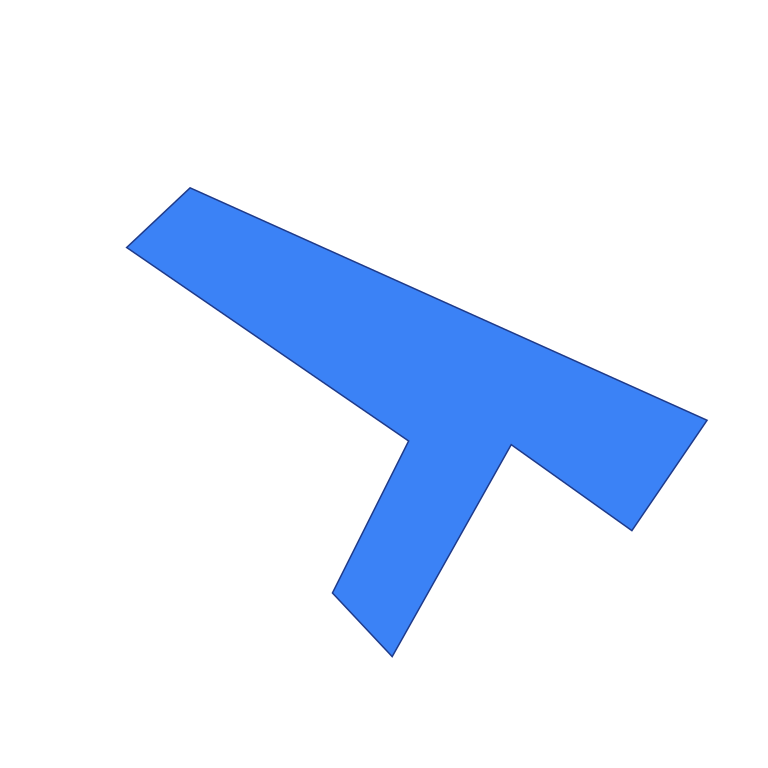 the district of Yangiyer city, Sirdaryo, Uzbekistan, rotated 313°
{"feature_id": "79887680B81011252135215", "entity_name": "Yangiyer city", "entity_type": "district", "adm_level": 2, "iso_a3": "UZB", "parent_name": "Uzbekistan", "parent_adm1": "Sirdaryo", "projection": "mercator", "projection_center": [68.818, 40.252], "detail": "fine", "context": "isolated", "style": "filled", "palette": "blue", "viewbox_px": 768, "rotation_deg": 313, "n_neighbors": 0, "source": "geoboundaries", "source_scale": "gbopen_adm2", "svg_char_len": 279}
<svg xmlns="http://www.w3.org/2000/svg" viewBox="0 0 768 768"><g transform="rotate(313 384 384)"><path d="M395.2,108.4L308.3,102.7L359.1,440.9L196.0,488.8L190.2,575.9L426.4,518.4L445.8,665.3L577.8,645.0L395.2,108.4Z" fill="#3b82f6" stroke="#1e3a8a" stroke-width="1.5"/></g></svg>